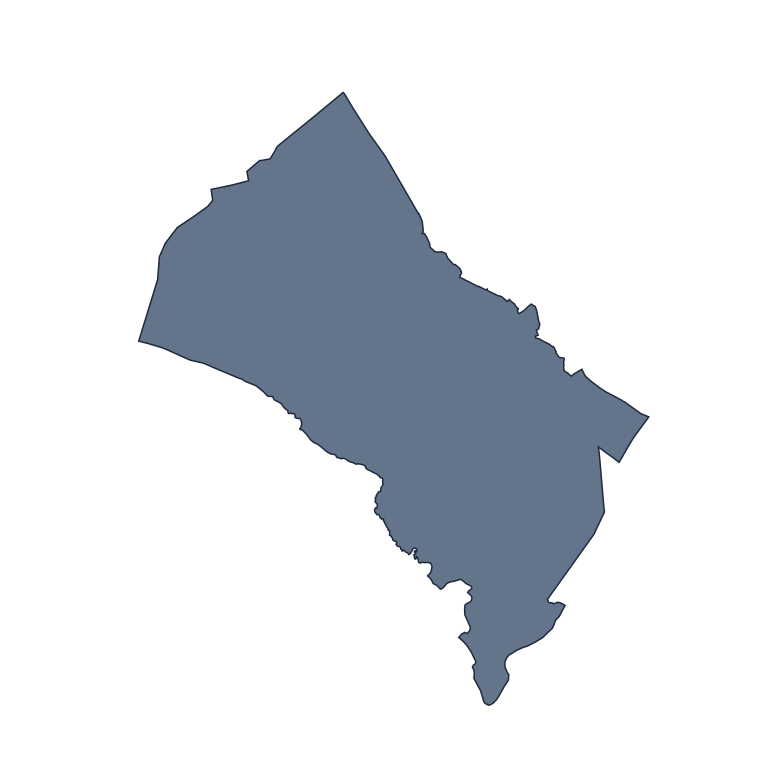 Kota Banjar Baru, Kalimantan Selatan, Indonesia, rotated 25°
{"feature_id": "22746128B6711072078761", "entity_name": "Kota Banjar Baru", "entity_type": "district", "adm_level": 2, "iso_a3": "IDN", "parent_name": "Indonesia", "parent_adm1": "Kalimantan Selatan", "projection": "albers", "projection_center": [114.83, -3.484], "detail": "fine", "context": "isolated", "style": "filled", "palette": "slate", "viewbox_px": 768, "rotation_deg": 25, "n_neighbors": 0, "source": "geoboundaries", "source_scale": "gbopen_adm2", "svg_char_len": 6158}
<svg xmlns="http://www.w3.org/2000/svg" viewBox="0 0 768 768"><g transform="rotate(25 384 384)"><path d="M143.6,448.9L152.1,447.2L168.9,444.7L198.2,444.3L211.8,441.4L224.2,441.1L249.6,440.1L251.2,440.0L252.4,439.6L254.6,439.8L255.5,440.1L257.1,440.3L267.6,439.7L269.5,439.8L278.2,442.0L283.7,444.2L286.4,443.2L288.7,442.5L290.1,444.1L292.2,444.9L293.8,444.8L298.4,445.1L299.4,445.3L303.8,447.9L305.6,448.3L306.8,448.5L308.0,448.8L308.7,449.7L309.2,450.6L309.7,451.0L310.2,451.0L310.7,450.8L312.0,449.8L313.0,449.8L313.5,449.7L314.0,449.2L314.6,449.1L316.2,449.4L316.9,450.4L317.2,451.4L317.6,451.9L319.4,451.9L320.7,451.7L321.4,451.0L322.2,450.7L323.1,451.2L325.7,453.8L326.5,455.8L327.0,458.0L326.7,459.4L326.7,460.4L327.2,460.6L327.9,460.6L328.3,460.2L329.4,460.2L336.0,462.8L340.9,465.5L342.6,466.1L344.0,466.4L345.6,466.7L348.5,466.7L350.8,466.9L356.4,468.3L357.8,468.8L360.1,469.4L362.0,469.7L365.3,469.9L366.8,469.4L369.3,468.9L370.2,468.9L371.3,469.7L371.8,470.3L372.5,470.5L373.3,470.4L373.7,470.0L374.5,469.8L375.1,470.0L376.5,470.0L378.3,468.6L381.1,468.1L383.6,468.9L387.2,468.8L388.2,468.5L389.4,468.4L392.1,468.5L393.0,468.2L394.4,467.3L396.0,466.7L400.0,466.0L402.0,466.5L402.6,467.3L403.4,468.1L404.8,468.5L409.2,468.5L413.1,468.8L414.9,468.5L416.0,468.7L417.5,469.4L419.0,469.5L419.8,470.3L420.3,470.5L420.8,470.4L421.2,470.1L422.4,470.0L422.9,470.3L424.1,473.3L424.7,473.9L425.0,474.8L425.4,475.0L425.5,475.9L425.1,479.6L426.1,481.9L426.0,483.1L424.7,483.8L424.7,484.9L424.3,485.9L424.2,488.7L424.7,489.5L424.1,490.8L424.2,491.2L425.1,492.0L425.8,494.6L427.2,495.2L428.2,495.4L428.9,496.3L429.6,497.4L429.9,499.8L429.6,500.0L429.3,499.8L428.6,500.0L428.8,500.9L428.7,502.1L429.3,503.3L430.4,504.2L432.8,505.4L434.2,504.7L434.8,504.7L436.1,505.7L436.6,506.4L437.0,506.8L437.5,506.8L438.9,507.5L440.3,506.5L440.8,506.7L440.9,507.7L441.6,508.3L442.2,508.3L443.1,509.6L443.8,510.2L444.1,510.2L445.0,510.5L445.8,511.6L446.8,512.3L448.6,513.3L449.4,514.5L449.7,514.7L450.3,514.7L451.3,515.2L451.9,516.0L452.5,517.4L452.7,518.4L453.2,518.8L454.4,518.8L454.8,518.9L455.9,519.7L457.1,520.3L457.8,521.5L458.2,521.8L458.6,521.9L461.6,521.6L462.2,521.8L462.5,522.4L462.6,523.8L462.8,524.4L464.3,525.2L465.4,525.3L466.9,524.7L467.5,524.8L468.0,525.3L469.1,526.7L470.2,526.5L470.5,526.7L470.9,527.7L471.0,527.7L471.4,527.6L471.9,526.5L472.2,526.3L474.4,527.1L476.3,527.0L477.3,527.2L477.6,527.6L478.5,528.1L479.2,527.1L479.6,525.8L479.9,524.2L479.7,522.0L480.0,520.6L480.8,520.0L481.7,519.7L482.3,519.6L483.3,519.8L484.3,520.9L484.4,522.1L484.2,522.4L483.9,522.4L483.1,521.9L482.6,522.0L482.3,522.3L482.4,522.7L482.5,523.4L483.4,523.6L484.1,523.9L484.3,524.3L484.1,524.9L483.2,526.0L483.3,526.4L484.3,527.1L484.5,527.8L485.2,528.9L485.7,529.3L486.3,529.4L486.8,529.3L486.9,529.0L486.5,526.7L487.2,526.9L489.0,528.3L489.5,528.9L490.5,530.8L491.1,531.0L491.8,531.1L492.6,530.9L493.1,530.5L493.9,529.5L494.5,529.2L496.6,528.6L498.1,527.7L499.4,527.2L500.4,526.9L502.1,526.9L503.0,527.5L504.2,528.5L504.6,529.0L505.8,533.4L505.9,535.0L505.8,535.9L504.6,539.5L508.5,540.8L510.4,542.1L513.0,544.1L515.7,544.1L516.9,544.3L520.0,545.4L521.2,545.9L522.2,546.0L523.8,543.5L524.7,540.6L525.1,538.4L527.3,535.7L531.5,532.7L535.7,528.8L538.4,528.9L541.5,529.9L543.8,530.3L547.9,530.3L549.7,531.2L549.7,532.3L549.4,534.2L548.3,535.3L547.9,537.6L552.8,539.2L553.9,540.3L554.7,543.1L554.3,545.1L552.8,546.6L550.8,550.0L552.2,554.0L555.0,559.2L565.0,567.9L565.9,571.1L564.8,575.0L562.1,575.0L560.0,578.0L558.8,582.1L564.0,583.6L569.1,585.7L574.7,589.0L576.9,590.5L584.9,597.1L584.9,599.3L583.8,601.0L583.8,603.4L585.8,604.8L587.3,606.6L588.5,608.9L589.8,612.7L600.9,621.0L604.6,625.0L608.4,629.4L610.6,630.8L614.5,630.9L615.9,629.8L618.0,626.8L619.6,621.7L620.3,614.6L620.8,607.3L621.9,599.7L619.9,594.7L617.5,593.2L613.0,589.1L611.0,584.6L611.0,580.0L611.7,577.2L616.9,569.2L620.9,564.5L624.7,561.0L629.6,554.8L635.1,546.6L637.5,539.9L639.8,534.3L639.8,530.1L639.3,525.6L641.0,520.8L641.7,508.1L637.9,507.8L635.8,507.8L635.0,508.0L633.2,508.8L631.9,510.4L631.0,511.3L628.7,511.3L626.4,512.3L625.6,512.4L625.1,512.1L624.0,510.7L623.1,510.3L637.8,431.4L637.9,406.7L635.6,403.2L609.8,358.3L605.0,350.5L616.8,352.9L622.9,354.0L626.3,354.8L630.2,355.6L631.9,336.2L632.9,326.9L637.9,301.9L629.4,302.3L610.8,298.8L609.5,298.4L608.2,298.7L605.7,298.2L588.1,297.3L581.6,296.4L570.6,294.0L564.4,292.2L562.9,291.5L561.7,290.7L557.1,287.0L551.8,294.8L550.6,297.7L546.5,296.7L546.0,296.3L545.4,296.4L542.0,295.9L541.8,295.8L541.4,295.0L540.1,293.8L539.5,292.4L539.1,290.6L538.5,290.2L537.9,288.7L537.4,287.8L536.9,285.3L536.7,284.8L536.3,284.6L535.0,284.8L531.7,285.8L531.1,285.6L526.4,282.9L526.4,282.0L523.9,280.3L523.3,279.3L522.2,278.8L521.7,278.7L520.3,278.8L516.9,278.1L509.4,277.9L505.9,277.4L502.1,278.1L501.3,277.4L500.8,276.9L503.1,274.7L499.7,271.4L499.4,270.8L500.6,269.3L500.9,268.6L500.8,268.1L500.3,267.1L500.4,265.7L499.8,263.7L498.5,262.7L497.4,261.3L491.7,253.4L489.3,250.8L487.9,249.7L486.4,249.8L483.8,249.3L483.5,249.5L481.9,252.9L480.2,257.5L478.1,261.0L476.6,263.2L475.8,262.8L474.0,261.3L473.6,260.7L473.6,260.3L474.2,259.3L474.1,259.1L469.9,257.6L469.7,257.1L468.2,256.2L465.8,255.8L463.0,254.9L461.9,254.4L460.8,257.1L453.7,255.1L452.2,255.3L449.5,255.8L439.2,255.6L438.4,255.5L437.4,254.3L436.3,255.8L428.9,255.4L428.8,255.9L407.2,255.2L407.4,251.2L407.3,250.4L406.7,249.6L406.0,249.1L405.6,248.5L404.6,247.7L401.8,246.7L398.2,245.7L396.1,246.2L391.0,244.0L389.1,243.3L386.7,241.4L385.0,239.7L383.0,239.6L379.9,239.9L377.0,241.8L375.5,242.3L374.9,242.2L374.3,242.5L373.7,242.5L372.9,242.1L368.0,240.6L365.7,237.2L359.9,232.3L357.1,230.6L356.1,230.7L355.4,231.0L355.1,231.4L354.9,228.9L354.6,228.1L350.0,220.6L346.9,217.6L343.4,214.8L343.3,215.2L288.8,177.0L262.5,162.1L262.6,161.9L259.9,160.3L238.3,146.4L225.2,137.5L223.6,137.1L221.1,142.6L207.5,171.3L186.9,213.7L186.5,220.3L185.6,228.1L177.0,234.2L176.8,234.1L169.9,249.3L175.4,257.0L162.3,267.8L145.1,280.7L151.1,289.9L149.3,297.3L140.7,312.8L138.9,315.7L138.1,317.3L137.9,317.4L130.6,329.3L126.3,348.8L126.7,363.8L134.7,385.0L143.6,448.9Z" fill="#64748b" stroke="#1e293b" stroke-width="1.5"/></g></svg>